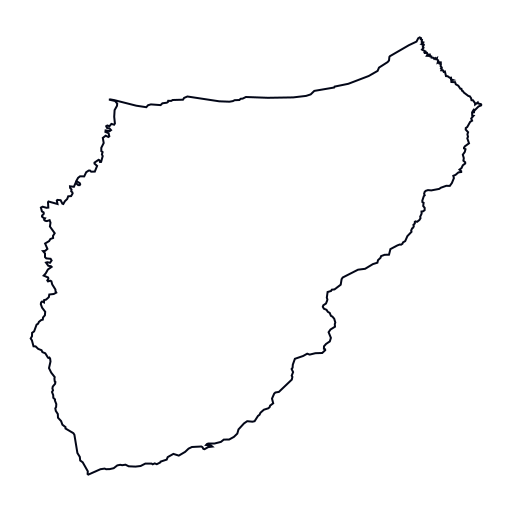 Dibulla, La Guajira, Colombia
{"feature_id": "7082276B97252339631603", "entity_name": "Dibulla", "entity_type": "district", "adm_level": 2, "iso_a3": "COL", "parent_name": "Colombia", "parent_adm1": "La Guajira", "projection": "albers", "projection_center": [-73.512, 11.083], "detail": "fine", "context": "isolated", "style": "outline", "palette": "ink", "viewbox_px": 512, "rotation_deg": 0, "n_neighbors": 0, "source": "geoboundaries", "source_scale": "gbopen_adm2", "svg_char_len": 5878}
<svg xmlns="http://www.w3.org/2000/svg" viewBox="0 0 512 512"><path d="M273.2,403.3L272.0,398.6L274.2,393.6L275.4,392.5L278.9,391.9L291.8,379.6L292.4,376.9L291.7,375.7L293.1,372.1L291.6,369.0L292.6,367.7L292.8,364.7L294.9,358.8L303.1,356.0L307.2,353.7L309.7,354.6L315.4,353.2L322.2,353.0L325.2,350.2L325.1,349.3L323.9,348.8L324.0,346.3L326.1,343.9L329.8,341.4L330.9,337.9L328.6,332.2L330.5,329.5L335.0,326.7L334.8,324.1L335.3,322.5L334.2,318.7L332.4,316.6L330.9,315.8L329.7,312.9L327.8,311.8L326.5,309.8L323.9,308.7L322.8,306.8L323.3,305.3L326.0,303.5L327.1,300.7L327.4,299.4L326.8,297.7L327.6,292.0L331.0,291.0L331.8,289.7L334.5,289.4L340.7,284.7L341.6,279.2L342.7,277.5L358.0,269.7L365.1,268.8L372.9,264.1L377.4,262.7L378.0,260.2L380.5,257.8L381.1,256.1L384.6,254.8L389.0,254.7L390.4,249.1L397.4,245.4L399.8,244.5L401.0,244.7L402.4,243.8L403.0,242.4L405.2,241.1L407.4,236.1L411.5,231.8L411.2,230.5L412.1,228.4L413.2,227.6L413.8,226.1L413.4,224.9L414.8,223.5L414.8,221.9L415.4,221.4L417.1,221.8L419.4,220.0L420.5,218.2L420.2,216.7L421.6,213.7L421.5,211.5L423.1,211.3L424.6,210.2L424.7,207.9L423.2,206.0L423.6,202.8L422.4,202.1L422.3,200.7L423.8,196.1L424.7,195.3L424.1,193.8L424.7,191.8L425.8,190.8L428.0,190.1L431.3,190.4L439.2,188.9L440.9,187.7L446.3,185.8L449.8,185.9L451.9,183.0L453.9,178.1L453.3,175.8L455.5,174.9L458.4,172.4L461.2,172.0L461.2,171.2L459.5,169.6L461.5,168.1L462.8,165.3L465.2,163.5L465.2,162.3L463.4,160.7L463.8,158.1L462.8,154.7L464.8,151.9L465.5,149.2L464.0,148.4L464.0,147.7L464.9,146.3L469.0,143.3L467.3,138.3L468.0,136.8L467.4,134.3L468.1,132.2L465.7,129.6L465.8,128.0L467.2,127.1L470.2,121.8L472.1,120.7L471.2,118.5L473.5,115.8L472.2,115.6L472.1,112.6L474.0,112.3L474.1,111.6L472.9,111.0L473.8,109.6L474.9,110.1L478.5,106.5L481.1,105.4L481.3,104.9L480.9,104.1L478.2,103.5L477.8,102.4L475.1,104.5L475.0,103.1L473.0,100.3L471.5,100.2L471.1,98.2L469.8,96.3L468.4,96.0L463.8,92.5L463.0,91.2L462.0,90.7L461.4,88.8L460.3,88.7L458.3,85.7L455.8,84.3L455.1,82.2L451.4,82.0L451.2,80.2L452.7,79.9L451.0,79.3L451.0,77.7L449.8,77.8L447.6,76.2L446.0,76.1L444.9,71.5L443.7,71.9L443.0,70.4L441.3,70.3L441.8,69.0L441.0,68.3L441.7,67.4L440.6,66.1L440.9,64.2L439.3,63.5L439.4,62.9L440.7,63.0L440.8,62.4L438.9,62.1L437.7,62.7L438.2,60.4L436.7,59.3L436.9,58.2L435.8,59.0L435.2,58.1L434.2,58.9L433.4,57.8L431.5,57.6L431.3,56.4L430.2,56.4L429.8,54.5L429.0,54.6L428.5,55.9L426.8,55.8L427.6,54.4L427.0,52.9L424.7,53.0L424.4,52.4L425.4,51.4L422.0,49.6L423.5,47.8L422.8,46.9L423.6,45.3L421.9,44.4L423.1,44.0L422.1,43.2L423.1,42.3L421.7,41.8L422.0,39.8L420.8,39.3L421.0,38.1L419.7,37.4L418.2,38.3L416.5,41.6L408.9,45.2L389.9,56.2L389.4,56.9L389.0,60.5L387.6,62.1L379.0,67.6L377.6,70.9L368.7,76.0L348.3,83.8L334.6,86.6L334.2,87.5L314.3,90.9L310.7,94.4L306.1,95.9L293.2,97.4L267.8,97.8L245.9,97.0L242.7,98.6L240.6,98.8L239.4,100.0L234.6,100.2L232.9,101.1L229.5,101.7L219.2,101.3L187.4,96.5L184.1,97.9L183.0,99.7L172.7,100.0L171.2,100.9L168.2,100.8L167.9,102.0L166.8,102.7L162.4,103.3L160.6,105.1L150.9,104.4L148.1,105.2L146.3,107.2L136.3,105.7L114.2,100.1L110.2,99.4L109.0,99.6L115.1,101.0L117.2,103.6L117.0,105.8L114.6,110.1L114.2,116.8L114.9,123.5L114.1,124.7L111.4,123.9L109.5,126.2L107.3,125.5L106.2,126.2L107.0,127.9L109.6,128.5L111.0,130.1L109.7,131.1L105.6,130.4L105.4,131.9L108.6,133.2L109.3,136.3L108.4,137.0L105.7,135.7L102.8,137.9L103.7,143.0L101.3,147.8L101.3,151.1L102.6,152.1L101.9,154.4L102.7,156.1L101.1,161.9L100.0,162.0L99.4,160.2L98.6,159.8L94.5,162.6L94.5,163.6L97.1,165.9L94.8,171.6L91.2,171.7L89.9,170.5L88.8,170.5L86.2,172.2L84.2,176.4L80.1,176.3L78.1,177.8L76.3,181.0L79.7,183.1L80.2,184.2L79.7,185.1L78.2,185.1L75.6,182.9L73.9,186.8L70.0,186.3L70.1,187.9L71.5,189.5L71.2,191.3L72.4,192.4L72.6,193.5L71.1,196.1L68.2,196.3L67.2,199.0L64.9,201.2L63.3,204.0L62.4,203.7L60.6,200.2L57.4,199.9L56.8,200.5L57.5,204.0L48.5,201.5L48.0,202.2L48.3,207.6L46.5,207.8L42.6,206.7L40.9,207.6L41.9,211.4L43.5,212.3L43.8,213.1L43.6,214.1L42.1,215.5L42.0,216.6L43.8,218.1L45.0,218.3L44.1,219.8L45.2,220.8L46.9,221.1L49.6,220.2L50.5,222.7L49.9,226.5L54.7,233.2L53.0,235.9L53.1,238.0L50.4,239.0L49.1,241.1L45.1,243.5L47.4,248.9L45.1,250.9L43.0,251.1L45.0,253.4L45.0,257.1L46.3,258.4L50.6,258.8L51.6,260.5L50.0,262.8L47.4,262.2L46.0,262.6L48.3,265.8L50.9,266.2L51.6,266.9L47.9,269.5L45.7,273.4L43.7,275.6L48.1,277.5L48.4,278.8L47.3,280.4L48.0,281.4L50.4,280.7L51.4,281.3L52.2,284.4L55.4,289.5L55.5,291.1L56.3,292.6L53.7,294.0L49.3,294.5L48.8,297.2L46.1,299.6L44.1,300.1L44.0,302.4L42.1,301.5L41.1,302.4L40.8,304.2L42.1,307.7L45.2,311.8L44.9,315.3L43.0,317.5L42.8,319.6L41.1,320.1L38.9,321.9L38.1,323.7L36.6,324.6L34.1,331.4L32.1,332.8L32.0,336.2L30.7,338.5L31.9,340.3L33.5,346.3L35.6,346.4L38.2,348.9L41.5,350.2L42.4,352.1L45.3,353.3L48.0,357.7L49.1,358.1L49.5,357.7L50.1,358.5L50.5,361.5L49.0,368.1L51.2,372.6L54.7,377.1L54.4,378.8L54.8,381.6L55.4,382.0L55.1,383.8L52.8,386.5L52.4,388.4L53.0,390.3L52.0,392.0L53.2,395.1L53.3,397.8L55.0,399.4L54.9,400.5L56.3,404.1L56.1,407.0L55.3,408.4L55.8,410.9L57.8,414.0L58.0,417.7L61.1,421.1L62.4,424.7L65.5,427.1L65.5,428.5L73.4,433.2L74.4,434.8L77.4,453.0L79.8,456.9L80.2,460.5L82.7,462.3L87.8,471.3L87.6,474.0L88.3,474.6L100.5,469.2L104.6,468.6L106.1,469.2L109.7,469.1L113.7,468.2L117.3,465.4L120.2,464.8L122.2,465.2L125.5,464.7L128.7,466.3L135.5,466.6L140.6,466.0L145.3,463.6L151.6,463.6L152.7,464.3L154.7,463.4L156.8,464.2L160.3,462.4L160.6,461.6L166.7,459.6L167.7,457.1L173.4,453.9L178.8,455.6L185.1,451.9L188.6,448.6L191.9,447.0L201.3,446.5L202.4,447.1L203.4,448.9L204.5,449.2L208.2,447.1L212.3,446.6L211.2,445.7L206.1,445.0L207.0,444.0L208.4,443.5L214.6,443.5L220.9,441.9L223.8,439.6L229.2,439.5L233.9,436.9L237.3,433.6L238.5,429.4L244.0,423.4L247.2,421.2L252.5,421.7L254.6,421.2L258.0,415.9L259.5,414.8L260.5,412.7L263.9,409.7L268.3,408.3L269.6,407.2L270.1,405.6L273.2,403.3Z" fill="none" stroke="#020617" stroke-width="2"/></svg>